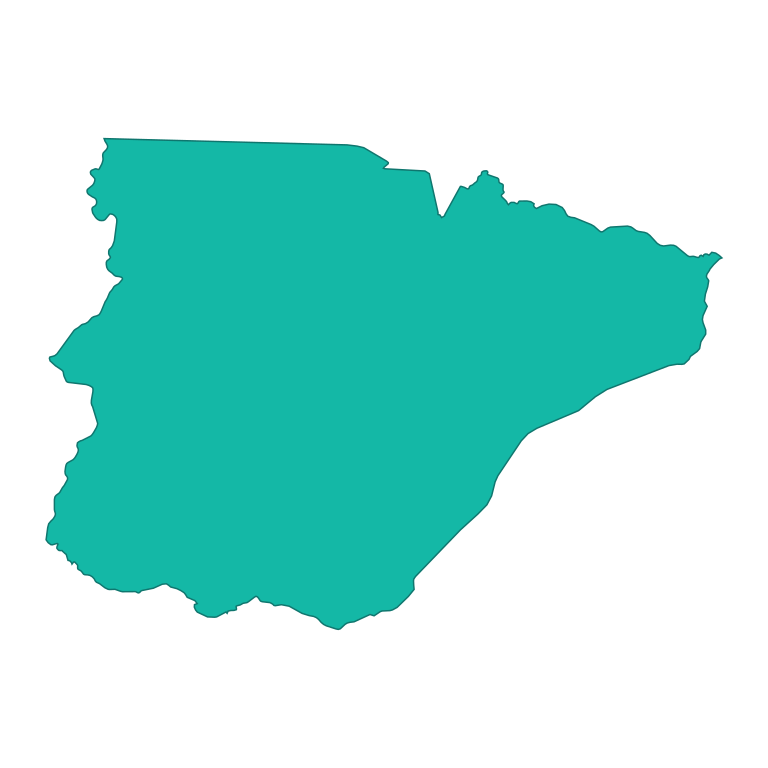 the Province of Southern
{"feature_id": "ZMB-522", "entity_name": "Southern", "entity_type": "Province", "adm_level": 1, "iso_a3": "ZMB", "parent_name": "Zambia", "parent_adm1": "", "projection": "albers", "projection_center": [26.307, -16.684], "detail": "fine", "context": "isolated", "style": "filled", "palette": "teal", "viewbox_px": 768, "rotation_deg": 0, "n_neighbors": 0, "source": "natural_earth", "source_scale": "10m", "svg_char_len": 5962}
<svg xmlns="http://www.w3.org/2000/svg" viewBox="0 0 768 768"><path d="M721.9,257.9L719.4,259.0L713.7,264.6L709.9,269.2L709.4,270.4L707.0,274.0L706.4,276.0L706.7,277.6L708.3,279.9L708.7,280.8L707.7,286.8L705.4,294.1L704.4,301.2L707.2,306.3L703.0,315.7L702.4,319.5L703.0,322.6L705.7,330.0L705.7,334.1L701.5,340.8L700.8,342.2L699.6,348.6L697.2,351.4L690.4,356.4L689.0,359.4L684.2,363.9L681.8,364.3L677.0,364.2L668.9,365.6L607.0,389.4L595.4,396.7L578.6,410.6L536.8,428.3L528.0,433.6L521.2,440.9L497.9,475.7L495.1,481.9L491.6,495.9L486.9,504.8L477.9,514.0L460.5,529.8L415.5,576.5L413.8,579.0L413.5,580.8L413.7,585.2L414.1,589.4L408.4,596.4L397.1,607.4L392.5,609.9L390.0,610.6L382.0,611.0L380.2,611.7L374.1,615.8L370.0,614.5L354.1,621.8L350.0,622.3L347.3,623.0L345.1,624.3L340.3,628.8L338.3,629.4L335.9,628.9L326.3,625.8L323.6,624.4L321.2,622.4L318.6,619.4L316.4,617.6L313.6,616.4L309.2,615.6L302.1,613.4L289.2,606.2L281.4,604.7L275.2,605.7L273.9,605.4L272.9,604.3L271.5,603.4L269.9,602.6L262.1,601.7L260.6,601.1L259.7,600.0L258.7,598.4L257.5,596.9L256.0,596.3L254.5,597.1L248.5,601.7L247.0,602.6L243.1,603.3L240.3,604.9L237.3,605.7L236.3,606.1L236.1,606.8L236.5,609.0L236.3,609.7L234.0,610.4L230.8,610.5L228.1,611.1L227.1,613.3L226.0,612.0L216.7,616.9L214.7,617.2L207.5,616.9L197.3,612.1L195.6,610.0L194.3,607.1L194.5,604.6L197.2,603.6L194.9,600.6L187.2,597.3L185.6,594.6L184.1,592.7L180.7,590.5L177.0,588.7L170.7,587.0L168.6,585.2L166.4,583.8L162.3,584.2L153.4,588.2L142.1,590.5L141.1,590.9L139.6,592.5L138.6,592.9L137.6,592.7L136.0,591.8L135.1,591.6L122.4,591.7L120.6,591.3L115.0,589.3L109.7,589.5L108.1,589.3L104.8,587.7L99.6,583.7L96.4,582.2L95.3,581.0L94.2,578.8L92.3,576.8L90.0,575.4L87.7,574.9L84.8,574.7L83.6,574.2L81.4,571.3L80.5,570.6L78.6,569.6L77.8,568.9L77.6,567.9L77.7,565.6L77.2,564.6L74.7,562.0L73.5,562.1L72.0,564.1L71.6,562.9L70.7,561.7L69.5,560.7L68.0,560.4L66.2,554.3L65.6,554.0L62.6,551.3L62.1,550.6L60.1,550.6L58.9,550.4L58.0,549.7L56.9,548.3L56.9,547.1L58.0,544.1L57.4,543.5L55.7,543.8L52.5,544.8L50.9,544.7L48.2,542.7L46.1,539.8L47.7,527.6L48.7,523.8L50.8,521.2L52.9,519.2L53.7,518.1L54.8,516.3L55.3,514.9L55.4,513.7L55.2,512.7L54.6,510.8L54.4,509.4L54.4,499.7L54.7,497.9L55.1,496.6L56.3,495.2L59.1,493.1L59.7,492.5L62.5,487.6L64.2,485.5L67.4,479.7L67.6,478.5L67.5,477.5L66.7,476.1L65.6,474.8L65.2,473.5L65.0,471.5L65.6,467.0L66.1,464.9L66.8,463.5L68.2,462.4L72.8,459.9L73.8,459.0L75.0,457.6L76.9,454.4L77.9,452.2L78.3,450.6L78.3,449.5L78.1,448.6L77.2,446.8L77.0,445.4L77.5,442.8L78.9,441.7L80.4,440.9L82.1,440.4L90.8,436.0L92.1,434.7L93.5,432.7L96.4,427.7L97.3,425.3L97.7,423.5L92.6,406.6L91.8,405.1L91.3,403.1L91.4,400.2L92.9,391.7L93.0,389.5L92.8,388.1L92.3,387.4L90.9,386.4L89.2,385.5L86.2,384.5L68.4,382.4L67.2,382.0L66.3,381.2L64.2,376.6L63.7,374.8L63.2,371.9L62.8,371.1L61.6,369.9L55.5,365.8L50.1,360.9L49.4,358.4L49.6,357.6L49.8,357.1L50.0,357.0L53.2,356.2L54.9,355.6L57.0,353.9L74.0,330.5L75.3,329.4L78.3,327.6L81.6,324.8L82.4,324.4L85.2,323.7L86.0,323.3L88.2,321.9L91.7,317.9L92.4,317.4L94.0,316.6L96.7,315.9L99.0,314.8L100.0,313.5L101.2,311.3L105.3,301.4L105.9,300.7L107.4,298.0L109.4,293.2L110.1,292.0L111.3,290.7L112.4,289.3L113.8,286.9L115.1,285.7L118.1,284.1L118.8,283.6L122.4,279.3L122.4,278.4L122.0,277.7L121.3,277.2L119.3,276.6L116.0,276.2L115.1,275.8L113.6,274.7L112.5,273.4L108.9,270.7L107.8,269.4L107.0,267.8L106.7,267.0L106.3,264.5L106.3,262.5L106.7,261.3L107.2,260.6L108.8,259.5L109.6,258.7L110.4,257.5L110.3,256.7L109.2,255.1L108.7,253.8L108.7,251.4L109.0,250.0L109.6,249.1L110.3,248.6L111.4,247.4L112.6,245.6L114.3,240.9L116.8,221.9L116.8,219.6L116.6,218.7L115.8,217.1L114.7,215.8L113.3,214.7L112.4,214.3L110.6,213.9L109.8,214.1L109.1,214.7L105.2,219.5L103.7,220.4L101.7,220.6L99.6,220.4L97.9,219.5L96.5,218.4L95.4,217.1L93.0,213.5L92.6,212.5L92.0,209.5L92.1,208.3L92.6,207.4L94.9,206.0L95.6,205.3L96.4,204.1L96.7,201.9L96.3,200.0L95.9,199.2L94.7,198.0L92.4,196.9L88.6,194.4L87.9,193.6L87.3,192.6L87.0,191.0L87.2,189.9L87.8,189.1L92.5,185.3L93.2,184.4L93.9,183.3L94.7,181.1L94.9,179.8L94.8,178.7L93.7,177.3L90.8,174.2L90.4,172.6L90.5,171.7L91.0,170.9L91.6,170.3L95.0,168.9L95.9,168.8L98.3,169.5L98.9,169.3L99.4,168.6L101.8,164.0L102.3,162.6L103.0,160.1L103.0,158.3L102.7,155.8L102.8,154.4L103.1,153.3L103.6,152.5L106.3,149.7L107.3,148.2L107.6,146.9L107.6,145.8L106.9,144.2L105.0,141.1L104.1,138.6L347.1,144.9L357.0,146.1L363.8,147.7L386.5,161.1L388.3,162.6L388.2,163.7L384.1,167.2L383.4,168.3L385.0,168.8L425.0,171.0L429.3,173.7L438.0,212.3L438.0,214.5L439.9,215.0L441.6,217.6L444.5,215.9L445.0,214.4L460.4,186.4L461.3,186.4L464.5,187.4L467.1,188.8L468.1,188.9L468.8,188.5L469.5,186.8L470.0,186.1L470.8,185.6L472.5,185.0L475.0,182.8L476.6,181.7L477.5,180.2L478.1,177.2L478.7,176.5L480.8,175.3L481.3,174.6L481.7,172.3L482.6,171.5L483.8,171.0L486.4,170.8L487.4,171.3L487.8,172.2L487.4,173.8L487.6,174.5L488.7,175.0L497.4,178.0L498.3,178.7L498.7,179.5L498.9,181.5L499.2,182.4L499.8,183.0L502.5,184.2L503.1,184.9L503.2,185.9L503.0,189.3L503.1,190.3L503.4,191.2L503.9,191.7L504.0,192.4L503.6,193.0L501.7,194.7L501.4,195.4L501.5,196.2L501.9,196.9L505.6,200.5L506.6,201.7L507.3,203.3L508.4,204.7L510.1,203.0L511.2,202.4L514.1,202.4L516.0,203.4L517.2,203.7L517.8,203.3L518.9,201.5L519.5,201.1L526.9,201.0L530.8,201.7L534.1,203.8L533.6,205.3L534.0,206.6L534.9,207.6L536.5,208.5L542.1,205.7L549.0,204.1L556.0,204.5L562.2,207.5L564.5,210.5L566.0,213.7L567.8,216.2L570.9,217.3L574.6,217.8L591.2,224.6L594.1,226.3L599.3,230.9L601.0,231.9L602.7,231.7L607.8,228.1L610.5,227.1L627.5,226.1L630.9,226.9L632.8,228.1L636.1,230.6L638.2,231.4L644.5,232.4L647.1,233.3L650.0,235.6L657.2,243.4L660.2,245.3L663.6,246.0L670.4,245.1L673.7,245.3L676.1,246.3L687.5,255.7L689.1,256.5L690.0,256.6L693.1,256.3L694.3,256.5L696.9,257.3L698.4,257.5L699.3,256.9L700.0,255.7L701.2,255.2L703.1,256.4L703.8,254.8L705.2,254.0L707.0,254.1L709.0,255.2L711.8,252.3L715.7,253.1L719.4,255.6L721.9,257.9Z" fill="#14b8a6" stroke="#0f766e" stroke-width="1.5"/></svg>